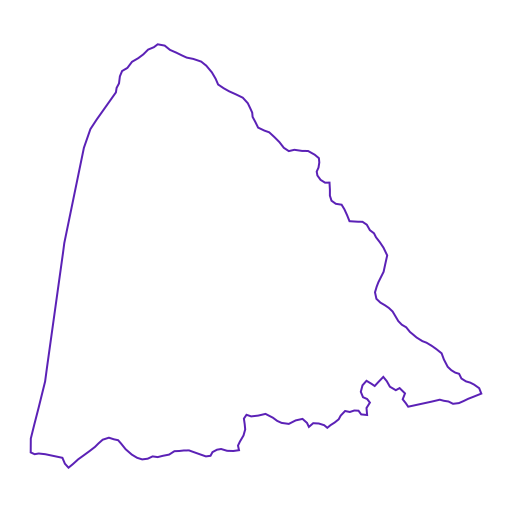 Crisópolis, Bahia, Brazil
{"feature_id": "56859067B36818450033249", "entity_name": "Crisópolis", "entity_type": "district", "adm_level": 2, "iso_a3": "BRA", "parent_name": "Brazil", "parent_adm1": "Bahia", "projection": "mercator", "projection_center": [-38.126, -11.499], "detail": "fine", "context": "isolated", "style": "outline", "palette": "violet", "viewbox_px": 512, "rotation_deg": 0, "n_neighbors": 0, "source": "geoboundaries", "source_scale": "gbopen_adm2", "svg_char_len": 2644}
<svg xmlns="http://www.w3.org/2000/svg" viewBox="0 0 512 512"><path d="M481.3,393.6L479.2,388.2L474.1,384.6L470.2,382.6L466.0,381.4L461.4,378.5L459.1,373.8L455.2,372.6L451.3,370.2L447.7,366.8L443.9,359.5L441.6,353.3L436.2,349.0L431.8,345.9L426.5,342.7L422.3,341.1L416.6,337.5L409.9,331.9L406.2,327.3L401.8,324.7L398.3,321.1L395.4,316.2L392.6,311.5L388.8,307.9L385.0,305.3L380.4,302.6L376.4,298.8L375.0,292.3L376.7,286.6L378.4,282.2L380.9,277.2L383.6,271.8L385.5,263.0L387.2,255.4L383.5,247.7L379.9,242.3L376.0,237.3L374.0,233.3L369.9,230.2L366.8,224.7L362.5,221.8L357.5,221.7L349.5,221.2L347.1,215.2L344.4,209.3L341.6,204.7L335.8,203.8L331.5,200.7L329.9,195.7L329.9,189.6L329.5,182.6L325.1,182.7L320.6,179.9L317.4,175.5L316.7,171.6L318.5,167.6L319.3,162.5L318.9,158.2L314.7,154.7L308.1,151.0L301.9,150.9L294.4,149.8L288.8,151.1L283.8,147.8L279.4,142.1L274.3,137.0L269.2,132.3L264.4,130.6L258.1,127.6L255.3,121.9L252.6,116.9L252.2,112.6L250.3,108.4L247.8,103.2L242.8,97.7L236.0,94.4L229.1,91.3L223.6,88.2L218.1,84.5L215.7,78.9L211.9,72.4L206.4,65.8L201.2,61.6L197.1,60.2L193.2,58.9L186.7,57.6L182.1,55.5L176.8,52.9L170.0,49.9L164.7,45.6L157.7,44.3L153.9,47.2L148.1,49.6L143.3,54.4L138.2,58.2L132.0,61.8L127.4,67.9L122.1,71.0L119.9,76.3L119.0,83.4L116.6,87.9L115.9,92.4L96.7,119.5L90.4,129.1L83.9,147.8L64.3,243.0L63.0,252.9L46.9,368.1L45.1,381.5L38.7,407.4L34.3,424.5L30.8,438.6L30.7,452.4L34.6,454.2L38.7,453.5L45.2,454.2L62.4,457.8L64.9,463.7L68.5,467.7L72.9,464.1L78.2,459.3L83.5,455.5L89.4,451.2L95.0,446.9L98.5,443.4L102.7,439.7L108.9,437.7L113.9,439.3L118.1,440.2L121.1,443.6L125.6,449.2L131.8,454.6L137.1,457.8L142.2,459.4L147.7,458.7L152.6,456.4L157.7,457.1L162.9,455.8L169.1,454.6L174.4,451.2L179.2,451.0L183.6,450.5L189.0,450.4L194.0,452.2L200.2,454.4L205.9,456.4L210.5,455.8L212.5,452.1L217.0,449.7L221.1,449.0L227.1,450.8L233.3,451.0L239.0,450.2L238.0,445.6L239.9,441.6L243.5,435.5L245.2,429.4L244.7,424.2L243.9,418.6L246.5,414.8L251.2,416.4L258.2,415.6L265.5,413.9L272.9,417.7L277.2,420.9L281.6,422.9L288.8,423.9L295.7,420.4L302.5,418.9L307.0,422.9L308.9,426.9L313.2,423.2L318.8,423.5L324.2,425.2L327.3,427.8L330.6,425.1L334.7,422.5L338.7,419.3L340.7,415.6L345.1,411.0L349.8,412.0L354.3,410.5L358.5,410.7L361.2,414.4L367.1,415.0L366.5,408.0L369.9,402.6L367.1,399.0L363.0,397.2L360.8,391.8L362.5,385.3L366.5,380.8L371.3,383.7L374.7,386.0L378.2,382.2L383.3,376.9L386.8,381.2L389.9,386.7L395.8,390.2L399.6,388.1L405.0,393.4L402.7,399.3L405.8,403.2L408.2,406.7L431.3,401.7L439.8,399.7L443.9,400.8L448.5,401.5L453.0,403.8L458.9,403.1L463.7,401.0L468.2,398.8L474.1,396.5L481.3,393.6Z" fill="none" stroke="#5b21b6" stroke-width="2"/></svg>